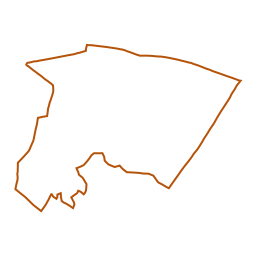 the district of Al-Rumaitha, Al-Muthannia, Iraq
{"feature_id": "34846034B72933378732296", "entity_name": "Al-Rumaitha", "entity_type": "district", "adm_level": 2, "iso_a3": "IRQ", "parent_name": "Iraq", "parent_adm1": "Al-Muthannia", "projection": "albers", "projection_center": [45.302, 31.497], "detail": "fine", "context": "isolated", "style": "outline", "palette": "amber", "viewbox_px": 256, "rotation_deg": 0, "n_neighbors": 0, "source": "geoboundaries", "source_scale": "gbopen_adm2", "svg_char_len": 2282}
<svg xmlns="http://www.w3.org/2000/svg" viewBox="0 0 256 256"><path d="M77.8,53.1L77.6,53.1L74.1,54.2L67.3,55.4L61.6,56.5L51.3,58.5L43.7,59.9L39.5,60.6L37.1,61.2L34.2,61.4L32.1,61.9L29.3,62.6L27.9,62.7L26.9,63.3L26.3,64.5L26.6,65.3L28.4,66.3L33.0,70.0L41.8,76.5L44.7,79.0L47.9,81.2L51.3,83.8L53.0,85.3L53.2,87.5L53.3,89.9L53.2,91.8L52.9,92.9L52.7,93.7L51.8,96.6L50.6,100.2L49.7,102.5L49.1,105.1L48.0,109.0L47.7,112.0L47.2,115.3L47.1,116.1L42.7,116.8L37.9,117.9L37.0,123.9L35.7,129.2L34.0,137.7L33.3,140.9L32.0,143.7L30.0,148.4L29.0,150.6L28.2,151.6L26.9,153.1L24.2,156.1L21.4,159.1L17.9,162.7L17.7,171.3L17.3,174.1L17.7,177.5L17.4,180.5L16.9,182.0L16.5,183.8L15.4,189.2L25.4,197.2L33.6,205.2L41.2,211.1L42.4,209.4L45.5,205.1L48.7,199.4L49.6,197.4L50.9,194.8L51.2,194.3L51.7,194.2L53.4,196.8L56.4,198.8L57.3,197.3L57.4,194.6L60.7,193.2L61.0,197.1L61.7,201.0L64.3,202.9L66.3,203.7L69.5,205.7L73.0,208.1L74.4,204.6L74.0,202.5L71.3,197.3L73.6,195.6L77.2,193.1L78.3,190.7L80.9,191.9L83.7,194.3L85.1,192.6L86.1,190.1L86.5,184.2L82.8,177.9L78.9,174.7L78.2,172.0L77.1,169.7L76.5,168.2L79.7,167.0L83.7,165.1L87.0,161.4L89.5,158.2L91.5,155.2L94.1,153.2L98.2,153.3L102.4,153.2L104.2,156.9L104.7,160.7L108.3,164.3L112.1,166.0L114.7,167.0L119.6,165.6L122.4,168.7L126.8,172.2L133.0,172.5L139.0,172.9L142.8,173.5L148.5,173.7L153.3,175.6L155.6,178.8L158.1,182.3L162.8,184.8L166.4,187.0L168.9,188.2L169.6,187.2L172.8,182.6L175.8,178.4L178.6,174.5L181.5,170.3L184.7,166.0L187.3,162.8L190.9,158.1L194.0,153.5L197.7,149.0L202.0,142.2L204.3,138.1L207.2,133.8L210.3,128.7L213.8,123.6L217.1,117.7L220.5,112.1L223.9,106.9L227.1,102.0L229.9,97.6L231.6,94.0L234.6,89.4L236.8,85.5L237.7,84.4L240.6,80.7L238.9,80.4L233.9,78.5L226.1,75.8L218.8,73.2L213.0,71.2L209.2,69.6L205.9,68.5L201.9,66.9L198.3,65.5L195.6,64.6L193.3,63.9L190.9,62.8L189.0,62.6L186.7,61.9L184.2,61.3L179.0,60.0L175.6,59.2L168.7,57.8L166.1,57.3L161.2,56.6L155.7,56.3L151.9,55.9L147.6,55.7L142.5,55.7L140.4,55.7L139.5,55.7L138.4,55.1L136.7,54.7L133.6,53.5L129.8,52.1L127.0,51.2L125.3,50.4L123.1,49.8L122.2,49.4L120.9,49.4L117.3,48.6L113.8,48.1L112.5,47.9L107.2,47.1L103.2,46.6L100.5,46.3L94.9,45.6L91.3,45.2L88.9,45.2L87.0,44.9L86.5,46.7L85.9,49.1L85.9,50.8L83.3,51.6L79.6,52.7L77.8,53.1Z" fill="none" stroke="#b45309" stroke-width="2"/></svg>